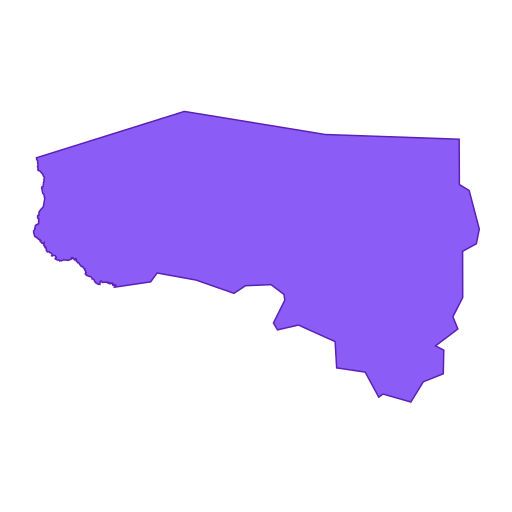 the district of Pibor, Jonglei, South Sudan, rotated 181°
{"feature_id": "79223893B32810285770131", "entity_name": "Pibor", "entity_type": "district", "adm_level": 2, "iso_a3": "SSD", "parent_name": "South Sudan", "parent_adm1": "Jonglei", "projection": "orthographic", "projection_center": [34.735, 6.56], "detail": "fine", "context": "isolated", "style": "filled", "palette": "violet", "viewbox_px": 512, "rotation_deg": 181, "n_neighbors": 0, "source": "geoboundaries", "source_scale": "gbopen_adm2", "svg_char_len": 5641}
<svg xmlns="http://www.w3.org/2000/svg" viewBox="0 0 512 512"><g transform="rotate(181 256 256)"><path d="M260.8,389.2L330.2,399.3L477.2,350.4L477.0,350.0L477.0,349.1L477.0,348.6L476.6,348.1L476.3,347.9L476.0,347.4L476.0,346.8L476.1,346.2L475.6,345.2L475.8,344.9L475.8,344.6L475.8,344.2L475.6,343.4L475.6,342.9L475.6,342.4L475.6,342.0L476.0,341.6L476.1,341.4L475.9,341.1L475.6,340.9L475.5,340.4L475.3,340.0L475.3,339.5L475.6,339.2L475.7,338.7L475.3,338.1L475.2,337.6L474.1,337.4L473.4,337.2L473.2,336.7L472.5,336.3L472.2,335.8L472.0,335.2L471.3,334.9L470.9,334.5L470.7,334.1L470.3,333.5L470.3,332.9L469.9,332.1L469.5,331.7L469.0,331.1L469.0,330.6L469.1,330.2L469.3,329.8L469.3,328.8L469.3,328.3L469.3,327.8L469.3,327.3L469.3,326.9L469.5,326.5L469.8,325.6L469.8,325.3L469.8,324.8L469.8,324.2L469.8,323.7L470.0,323.2L470.0,322.5L470.1,322.1L470.2,321.7L471.0,321.5L471.5,321.1L471.5,320.7L471.5,320.2L471.5,319.8L471.1,319.6L471.1,319.2L471.1,318.6L471.0,318.0L470.8,317.6L470.8,316.9L470.8,316.4L470.6,316.1L470.4,315.6L470.3,315.2L470.1,314.8L469.5,314.2L469.3,313.4L468.6,312.8L468.6,312.0L468.6,311.7L468.8,311.1L468.6,310.8L468.2,310.6L468.2,310.2L469.5,301.5L472.0,298.8L472.3,298.3L472.9,297.5L472.9,297.3L473.4,296.7L473.4,296.3L473.8,296.0L473.8,295.8L473.8,295.3L473.7,294.9L473.7,294.2L473.5,293.8L473.6,293.5L474.0,293.3L473.8,293.1L474.0,292.9L474.3,292.8L474.3,292.6L474.5,292.6L474.8,292.6L475.1,292.2L475.1,291.9L475.1,291.2L475.1,290.6L474.7,290.1L474.1,289.7L474.4,289.5L474.0,289.1L474.0,288.8L473.9,288.6L473.9,288.1L473.6,287.9L473.8,287.4L474.1,287.0L474.0,286.4L474.0,286.1L473.8,285.5L473.9,285.0L474.0,284.9L474.2,284.7L474.1,284.4L474.5,284.1L474.9,283.9L475.2,283.9L475.4,283.8L475.9,283.6L476.1,283.5L476.2,283.3L476.3,283.1L476.5,282.8L476.9,282.8L476.9,282.4L477.0,282.2L477.3,282.0L477.2,281.7L477.2,281.4L477.4,281.1L477.4,280.9L477.4,280.6L477.5,280.4L477.5,280.1L477.4,280.0L477.4,279.7L477.7,279.6L477.7,279.2L477.7,278.9L477.7,278.5L477.9,278.2L478.3,277.6L478.6,277.5L478.8,277.1L478.8,276.7L478.8,276.3L478.7,276.0L478.6,275.6L478.7,275.3L478.7,275.1L478.4,274.7L478.3,274.2L478.1,273.8L477.9,273.3L477.9,272.6L477.6,272.2L477.5,271.6L476.9,271.3L476.5,271.4L476.0,270.9L475.6,270.8L475.4,270.4L475.1,270.0L474.7,269.7L474.1,269.4L473.9,269.2L473.7,268.9L473.1,268.9L472.5,268.7L472.2,268.6L472.2,268.1L472.0,267.7L471.8,267.6L472.0,267.5L472.3,267.3L472.0,267.0L471.7,266.7L471.5,266.3L470.9,266.0L470.4,265.4L470.3,265.0L469.8,264.8L469.3,264.8L468.5,265.4L468.1,265.7L468.2,265.3L468.1,265.0L468.1,264.4L468.3,263.8L468.4,263.3L468.3,262.7L467.9,262.3L467.1,262.0L466.7,261.5L467.1,261.1L467.2,260.7L466.9,260.4L466.5,260.4L466.1,260.4L465.8,259.8L465.6,259.1L465.9,258.3L465.8,257.9L465.4,257.4L465.0,257.2L464.9,256.6L464.4,256.4L463.7,256.6L463.1,256.5L462.7,256.4L462.4,255.9L461.6,255.6L461.0,255.4L460.8,255.2L460.5,254.9L459.9,254.5L459.8,253.7L459.9,253.1L460.4,252.9L460.4,252.7L459.8,252.5L459.2,252.7L458.7,252.9L458.2,253.1L457.9,253.2L457.5,253.0L457.1,252.8L456.6,252.8L456.4,252.5L456.3,252.0L455.8,251.6L455.5,251.4L455.6,251.0L456.2,250.6L456.5,250.5L456.7,249.9L456.7,249.5L456.1,249.3L455.6,249.0L455.1,248.8L454.7,248.6L454.0,248.4L453.5,248.6L453.1,248.5L452.6,248.1L452.3,247.7L452.0,248.0L451.6,248.0L450.6,247.8L449.8,248.0L448.9,248.4L448.3,249.0L447.8,248.9L447.2,248.6L446.7,248.6L446.0,248.6L445.5,248.8L445.2,248.5L444.6,248.5L444.3,248.4L443.9,248.3L443.4,248.6L442.9,248.6L442.6,248.8L442.3,249.0L441.6,249.3L441.1,249.3L440.9,249.6L440.5,249.7L440.1,250.0L439.9,250.5L440.3,251.1L440.0,251.1L439.5,251.1L439.2,251.2L438.8,250.7L438.8,250.3L438.3,249.9L437.9,249.7L437.5,249.5L437.5,249.0L437.1,248.8L436.9,249.2L436.7,249.8L436.2,250.3L435.8,250.1L435.8,249.7L435.6,249.3L435.4,248.8L435.5,248.3L435.5,247.5L434.9,247.1L434.5,247.0L434.1,246.5L433.9,246.0L433.3,246.1L433.0,246.0L432.7,245.7L432.4,244.9L431.9,244.2L431.3,243.5L430.8,242.8L430.3,242.4L429.6,242.4L429.0,242.5L428.8,242.0L428.8,241.6L428.4,241.3L427.8,240.7L427.5,240.4L426.9,240.3L427.1,239.9L427.3,239.6L427.2,239.1L426.7,238.9L426.3,238.3L426.2,237.5L426.0,237.0L425.5,236.7L425.4,236.3L425.9,236.1L426.3,235.7L426.4,235.0L425.8,234.7L425.4,234.1L425.2,233.6L424.6,233.5L423.9,233.5L423.7,233.2L423.1,233.1L422.6,232.7L421.5,232.5L421.0,232.5L420.4,232.2L419.8,231.3L419.5,230.8L419.5,230.2L418.9,230.1L418.4,230.1L417.8,229.9L417.5,229.3L417.2,228.4L416.9,228.0L416.4,227.1L416.2,226.7L415.5,226.3L414.8,226.1L414.2,225.4L413.7,225.4L413.2,225.0L412.7,225.0L412.4,224.8L411.6,224.8L411.5,225.4L411.5,225.8L411.5,226.4L411.5,226.9L411.5,227.4L411.1,228.0L410.8,228.3L410.2,228.3L409.6,228.1L409.5,227.6L409.5,227.0L409.1,226.9L408.6,226.8L407.8,227.0L407.5,227.2L407.0,227.1L406.5,227.1L406.2,227.2L405.7,227.1L405.5,227.4L405.2,227.2L404.8,227.0L404.5,227.2L404.2,227.0L403.9,226.5L403.5,226.5L403.0,227.0L402.9,226.5L402.8,226.2L402.5,226.3L401.9,226.6L401.7,226.2L401.7,225.7L401.1,225.7L400.8,226.1L400.4,226.1L400.1,226.4L399.4,225.9L399.1,226.3L398.8,225.9L398.9,225.1L398.1,225.2L397.9,224.7L398.2,224.2L397.2,224.3L397.0,224.6L396.5,224.2L395.8,224.6L395.7,224.1L395.6,223.6L395.7,223.0L395.9,222.7L396.5,222.7L396.9,222.7L397.2,222.5L397.2,222.3L360.9,228.3L354.6,237.3L315.5,230.9L277.4,218.3L266.0,226.1L240.4,227.6L227.4,218.1L226.4,212.4L237.4,189.3L233.2,182.5L212.4,187.7L175.4,171.8L173.6,148.2L173.4,145.5L144.8,141.8L130.8,117.0L126.6,120.2L98.6,112.7L86.5,133.2L66.7,141.5L66.6,165.1L74.9,169.3L52.9,186.6L58.1,198.7L48.6,218.1L49.5,264.3L35.9,272.1L33.2,286.8L44.0,325.2L53.9,331.0L54.9,376.3L189.1,378.7L260.8,389.2Z" fill="#8b5cf6" stroke="#5b21b6" stroke-width="1.5"/></g></svg>